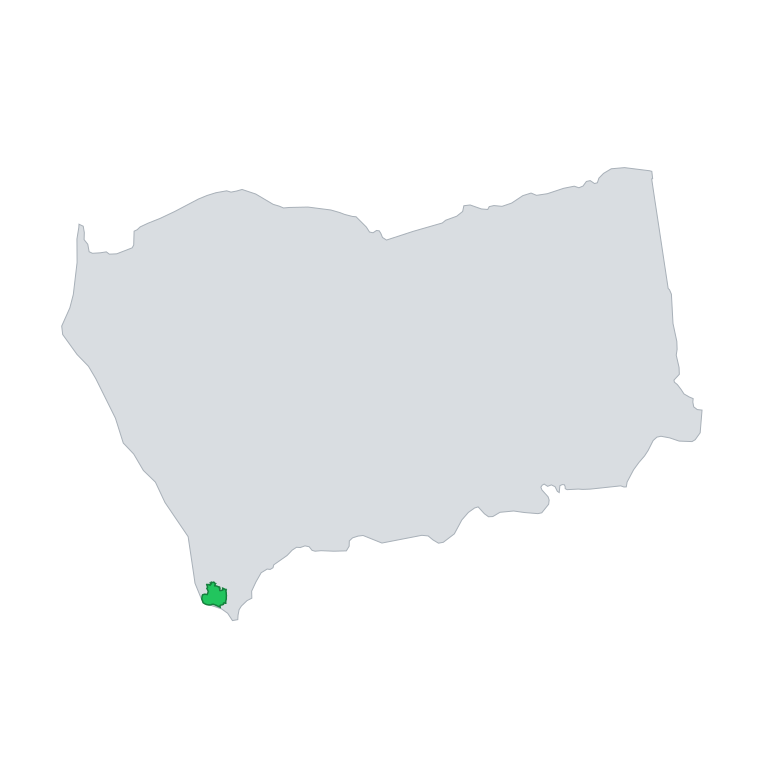 Keta Municipal, Volta, Ghana shown in context, rotated 82°
{"feature_id": "2480657B20833842549797", "entity_name": "Keta Municipal", "entity_type": "district", "adm_level": 2, "iso_a3": "GHA", "parent_name": "Ghana", "parent_adm1": "Volta", "projection": "mercator", "projection_center": [0.862, 5.938], "detail": "fine", "context": "in_parent", "style": "filled", "palette": "green", "viewbox_px": 768, "rotation_deg": 82, "n_neighbors": 0, "source": "geoboundaries", "source_scale": "gbopen_adm2", "svg_char_len": 5552}
<svg xmlns="http://www.w3.org/2000/svg" viewBox="0 0 768 768"><g transform="rotate(82 384 384)"><path d="M476.3,77.7L482.5,83.6L483.9,87.0L481.6,99.7L477.1,108.6L474.3,117.0L474.6,121.1L477.4,125.3L486.7,131.8L491.5,136.0L497.2,142.5L503.7,148.8L514.9,156.9L519.6,158.4L519.4,160.7L517.8,163.8L516.8,194.3L516.0,202.1L515.1,206.1L514.1,217.4L512.9,219.1L510.8,218.9L508.9,219.4L508.4,221.6L509.2,224.0L515.9,225.6L514.4,227.3L509.5,228.9L507.2,232.3L508.1,236.2L505.4,239.3L506.2,241.4L508.0,243.0L510.8,242.4L518.6,237.2L521.9,236.6L526.0,237.7L533.5,245.7L533.8,249.6L530.8,262.9L527.8,273.3L527.2,287.0L530.4,294.7L530.0,299.0L526.5,302.6L518.8,307.9L519.4,311.6L522.9,318.3L529.4,325.8L542.2,335.2L549.0,347.3L549.2,352.2L545.2,357.2L540.6,361.4L539.1,367.6L541.2,408.2L531.1,425.8L531.0,430.8L532.0,436.6L534.6,440.2L539.8,441.1L544.0,444.5L542.6,456.9L540.3,469.5L540.0,475.5L538.7,478.4L534.7,480.8L533.3,484.8L534.3,489.7L533.5,493.3L535.7,498.0L540.3,503.8L547.7,518.3L550.5,519.5L551.8,522.5L551.0,525.5L553.8,531.9L562.1,538.3L570.7,543.9L577.7,544.7L579.4,549.7L584.0,556.1L587.3,558.9L592.6,560.7L597.0,561.6L597.2,567.0L589.3,570.7L584.0,576.3L579.9,584.7L574.3,594.0L555.0,598.9L547.6,598.9L507.9,599.2L470.8,617.4L449.4,624.0L436.2,634.3L418.5,641.6L406.2,650.4L380.5,654.7L338.5,668.7L325.3,674.2L312.0,683.9L290.3,695.3L281.8,695.1L264.9,684.5L252.1,679.2L220.9,671.0L197.7,667.9L186.4,664.4L183.3,663.8L185.9,659.9L192.4,659.7L199.3,660.9L204.4,657.9L212.0,657.6L214.0,654.5L214.6,646.8L214.5,640.6L217.2,637.9L217.9,630.6L214.1,614.4L211.5,612.5L197.9,610.2L196.9,607.0L194.5,603.6L191.9,595.2L188.9,582.8L184.1,567.4L175.0,542.0L172.7,533.0L171.2,523.8L170.8,512.9L172.7,508.8L172.4,503.1L171.6,497.5L178.0,484.6L190.7,468.7L193.3,463.0L195.7,459.0L196.0,453.3L198.2,434.7L204.3,412.4L208.1,403.9L210.6,399.4L213.7,391.9L214.5,388.4L226.2,379.6L231.5,377.2L232.7,373.8L230.9,370.0L231.7,367.4L234.4,366.2L238.7,365.1L241.8,361.5L236.9,333.9L233.0,306.3L232.7,303.9L230.4,300.1L228.0,288.7L224.1,282.1L218.6,280.1L218.7,273.8L224.2,263.2L225.6,257.0L223.0,255.1L222.6,250.3L224.5,242.4L223.6,237.6L222.6,232.4L216.8,220.3L215.4,211.8L218.4,206.7L218.3,195.8L215.2,178.8L214.6,168.1L216.8,163.7L215.7,159.4L211.6,155.4L211.3,151.5L214.8,147.6L214.4,144.7L210.0,142.5L206.0,137.3L202.5,129.0L203.2,115.7L209.8,91.3L210.7,89.2L218.1,89.4L218.2,90.4L241.5,90.2L268.2,89.9L300.1,89.6L329.0,89.3L330.3,88.2L335.1,86.9L364.3,89.4L382.6,88.1L390.4,88.9L396.1,90.6L408.7,89.5L415.5,90.2L420.5,96.3L422.6,96.2L425.4,93.6L430.5,90.7L435.6,88.3L439.3,83.6L441.5,79.9L444.9,80.7L449.7,80.5L452.9,77.4L454.1,72.7L476.3,77.7Z" fill="#d9dde1" stroke="#a8b0b8" stroke-width="1"/><path d="M566.0,568.9L565.9,569.1L565.6,569.1L565.4,569.1L565.3,569.8L565.3,570.1L564.7,570.7L564.2,571.4L563.8,572.1L564.1,572.1L564.5,572.3L564.9,572.3L565.3,572.2L565.6,572.3L565.7,572.9L565.7,573.4L565.8,573.6L565.8,574.6L565.8,575.2L565.5,575.4L565.0,575.4L563.3,574.8L562.8,575.1L562.7,575.6L562.4,575.5L562.3,575.4L562.1,575.3L561.9,575.9L561.9,576.0L561.1,577.3L560.4,578.9L560.3,579.2L560.3,579.7L559.8,579.7L559.7,579.6L559.4,579.4L559.2,579.2L558.9,579.1L558.6,579.0L558.5,578.9L558.5,579.0L558.4,579.0L558.2,579.1L557.9,579.2L557.6,579.3L557.4,579.5L557.3,579.4L557.2,579.4L557.1,579.5L556.8,579.8L556.7,579.9L556.7,580.0L556.6,580.4L556.5,580.5L556.6,580.8L556.7,581.0L556.7,581.3L556.7,581.5L556.3,582.5L556.2,582.6L556.3,582.8L556.5,582.9L556.6,583.0L556.8,583.0L557.0,583.0L557.3,583.1L557.3,582.9L557.5,582.8L557.8,582.9L557.8,583.0L557.7,583.0L557.5,583.3L557.8,583.2L557.9,583.3L558.0,583.4L558.1,583.6L558.3,583.4L558.4,583.5L558.5,583.6L558.4,583.6L558.2,583.8L558.3,583.9L558.4,584.0L558.5,584.1L558.7,584.3L558.7,584.5L558.8,584.6L558.7,584.7L558.6,584.8L558.4,584.8L558.2,585.0L558.2,585.3L558.3,585.5L558.2,585.8L558.3,585.9L558.3,586.0L558.2,586.3L558.3,586.4L558.4,586.5L558.4,586.8L558.3,587.0L558.1,587.0L557.3,587.6L559.9,587.1L560.9,587.0L561.7,587.9L563.4,587.3L565.0,586.9L566.7,587.7L567.9,588.4L567.3,590.3L567.2,591.0L567.5,592.9L568.7,593.6L571.5,594.4L573.2,593.9L575.3,593.6L575.6,593.4L575.7,593.2L575.8,593.1L576.1,592.8L576.3,592.5L576.4,592.4L576.6,592.2L576.8,591.9L576.9,591.7L577.0,591.6L577.2,591.3L577.3,591.1L577.4,590.9L577.7,590.4L577.8,590.1L577.9,589.9L578.0,589.6L578.1,589.4L578.1,589.2L578.2,588.8L578.3,588.5L578.4,588.3L578.4,588.1L578.4,587.9L578.5,587.9L578.5,587.6L578.6,587.4L578.6,587.0L578.6,586.9L578.6,586.7L578.6,586.4L578.6,586.1L578.5,585.9L578.2,584.8L578.2,584.7L578.3,584.6L578.3,584.4L578.4,584.2L578.4,583.8L578.4,583.7L578.5,583.7L578.6,583.4L578.6,583.2L578.7,582.9L578.9,582.6L579.0,582.4L579.1,582.2L579.3,581.9L579.4,581.7L579.5,581.5L579.6,581.4L579.7,581.2L579.9,581.0L579.9,580.9L580.0,580.9L580.0,580.7L580.2,580.4L580.3,580.4L580.6,579.8L580.7,579.7L580.8,579.5L580.9,579.4L581.0,579.2L581.3,578.8L581.5,578.6L581.6,578.4L581.8,578.1L581.9,577.7L582.2,577.3L581.3,577.3L581.2,577.5L580.6,577.2L580.2,576.4L580.2,575.1L580.1,574.9L580.1,574.7L580.0,574.4L580.0,574.2L579.9,573.7L578.8,573.5L578.7,573.2L578.4,572.7L578.6,572.4L578.8,572.1L579.0,571.9L579.0,571.7L578.9,571.7L579.0,571.7L579.1,571.4L579.1,571.2L577.8,571.1L577.7,571.1L577.4,571.0L577.0,571.0L576.9,570.8L576.7,570.7L576.4,570.7L576.2,570.7L575.6,570.4L575.1,570.1L574.8,570.1L574.2,570.0L573.4,569.9L572.4,569.7L572.0,569.6L571.7,569.5L570.5,569.5L569.6,569.4L568.6,569.3L567.8,569.3L567.7,569.3L567.4,569.4L567.0,569.5L566.4,569.1L566.2,569.0L566.0,568.9Z" fill="#22c55e" stroke="#15803d" stroke-width="1.5"/></g></svg>